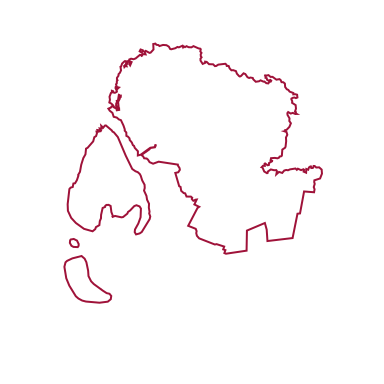 the district of Canal - Fanafo, Sanma, Vanuatu, rotated 109°
{"feature_id": "77236927B64905396997634", "entity_name": "Canal - Fanafo", "entity_type": "district", "adm_level": 2, "iso_a3": "VUT", "parent_name": "Vanuatu", "parent_adm1": "Sanma", "projection": "albers", "projection_center": [167.121, -15.5], "detail": "fine", "context": "isolated", "style": "outline", "palette": "rose", "viewbox_px": 384, "rotation_deg": 109, "n_neighbors": 0, "source": "geoboundaries", "source_scale": "gbopen_adm2", "svg_char_len": 5977}
<svg xmlns="http://www.w3.org/2000/svg" viewBox="0 0 384 384"><g transform="rotate(109 192 192)"><path d="M63.6,274.9L64.7,276.8L69.8,274.8L73.7,276.5L74.3,277.5L73.6,281.7L74.7,282.6L77.0,280.7L77.7,283.9L79.2,283.5L79.7,284.0L79.1,284.8L79.3,285.9L84.1,288.8L85.5,290.5L85.8,293.0L87.1,294.4L87.8,294.1L88.5,294.7L88.8,291.4L92.4,291.7L91.5,292.8L90.1,292.8L89.3,293.8L90.0,295.1L90.0,296.4L91.8,294.8L93.1,295.8L94.4,294.8L94.6,296.0L95.9,296.6L95.0,297.2L92.7,296.1L89.8,296.6L90.3,298.3L93.3,299.9L96.4,299.9L96.9,300.4L100.1,298.7L102.8,299.0L104.5,299.8L106.0,299.4L108.5,300.1L109.8,299.7L110.6,298.8L111.5,299.2L113.7,298.5L114.9,298.9L117.2,297.3L117.0,295.1L118.5,295.9L117.7,297.0L117.7,298.3L118.6,298.2L121.1,295.8L121.9,295.8L123.3,297.2L123.5,298.7L122.4,299.4L122.4,300.7L124.0,300.2L124.8,300.9L128.8,301.0L131.5,299.6L134.3,299.3L134.7,297.0L135.8,294.7L137.1,293.4L137.1,290.8L135.9,290.1L135.0,291.9L132.8,292.5L131.8,292.0L130.3,292.8L129.6,291.8L123.9,292.8L123.9,292.0L125.4,291.0L124.7,290.5L125.4,290.3L127.1,291.3L127.5,290.7L130.8,291.2L135.7,289.0L136.9,289.5L136.6,288.2L138.1,287.6L139.2,289.7L137.8,290.5L137.3,293.8L136.8,294.7L137.3,295.9L138.6,296.2L140.4,298.2L141.9,296.3L143.1,293.0L146.4,290.5L146.1,287.4L147.2,284.7L147.2,282.6L151.4,278.5L154.6,276.0L155.9,275.6L157.1,273.5L160.3,272.3L160.5,270.6L161.6,268.6L163.1,267.8L164.8,265.0L166.9,263.2L167.3,261.8L168.9,260.5L171.1,256.4L175.1,255.1L173.4,252.6L163.7,245.8L161.7,241.9L158.8,242.0L159.9,241.4L161.8,241.6L163.9,245.6L165.6,246.2L173.5,251.9L174.2,249.8L175.7,248.2L175.1,245.8L175.7,244.2L177.6,241.8L177.9,238.0L174.2,233.4L170.7,214.3L171.5,214.0L173.5,211.5L175.0,210.7L177.8,211.4L179.4,214.0L190.7,206.0L190.9,204.5L194.4,202.6L195.7,199.5L195.5,198.0L198.1,195.7L196.7,191.6L197.4,189.9L198.6,190.0L199.8,188.2L199.8,187.6L198.2,186.3L197.6,185.1L203.0,185.7L203.7,180.4L205.3,181.6L225.2,184.6L225.6,176.5L227.5,174.9L229.5,174.6L231.8,173.1L233.5,170.2L234.2,153.3L233.3,151.8L233.1,143.8L236.1,143.8L236.1,141.5L239.2,141.5L239.3,139.8L229.7,121.3L210.6,127.5L197.6,113.0L203.3,109.1L213.8,104.7L202.8,81.9L178.2,85.2L177.1,82.9L155.0,86.2L152.5,76.5L149.5,77.0L147.7,78.5L144.4,78.6L142.8,79.7L141.1,80.1L137.5,75.3L132.3,75.1L128.6,76.7L127.3,79.8L128.4,82.5L127.5,84.5L127.8,85.5L129.6,85.4L130.1,85.9L130.5,87.0L129.1,87.9L129.3,88.4L130.7,89.4L133.1,89.4L133.0,91.4L136.6,90.4L136.4,93.1L134.5,93.2L134.2,94.0L135.8,96.0L135.5,99.5L136.9,100.1L136.1,101.8L138.7,106.7L140.2,108.3L140.5,110.1L141.7,111.8L144.6,112.9L144.7,116.3L147.8,118.0L144.6,118.5L143.9,119.4L144.7,121.6L145.0,124.8L147.9,126.9L149.4,126.7L149.8,127.2L149.1,130.4L145.9,133.3L145.9,134.2L144.1,133.4L143.6,131.7L141.9,132.6L141.2,132.2L142.1,129.2L141.4,128.1L139.5,128.6L136.9,126.3L136.4,126.4L136.5,128.0L134.3,128.3L132.8,124.8L132.3,122.1L131.2,120.9L130.0,120.7L129.0,119.1L128.2,118.9L122.5,120.4L119.8,118.4L118.7,118.3L113.3,119.5L109.9,120.9L106.9,120.5L104.5,122.2L104.5,124.4L103.9,123.4L103.2,124.0L102.4,122.8L98.7,121.1L94.8,120.9L93.2,123.1L90.6,123.8L88.0,126.8L86.4,127.5L85.1,127.1L85.7,124.2L84.4,122.5L84.6,119.7L84.1,118.4L83.9,119.4L82.6,119.8L82.3,120.8L79.4,120.8L76.1,122.3L75.1,126.4L73.5,126.8L71.9,128.3L71.3,128.4L70.1,127.3L69.3,125.9L69.4,124.3L68.3,123.1L65.8,124.3L65.9,126.1L66.7,128.0L65.4,128.4L65.3,132.4L64.1,134.2L64.0,135.8L62.4,138.1L59.2,139.5L58.5,141.4L59.0,143.1L57.4,144.5L56.8,146.0L58.3,148.8L56.9,153.3L57.6,155.2L56.6,157.7L57.6,159.4L58.1,161.6L58.5,159.9L60.1,159.7L60.1,158.4L61.4,157.6L61.8,155.9L60.5,154.4L61.0,153.3L62.0,153.5L62.6,154.7L64.5,155.2L64.9,157.2L64.0,159.5L64.4,160.4L64.1,163.5L65.5,164.7L67.0,167.6L65.5,170.8L64.4,171.7L64.8,174.1L65.6,175.1L65.4,176.9L63.1,180.0L63.0,181.9L66.3,183.4L67.2,184.3L67.1,185.2L65.5,188.1L63.4,189.8L63.4,192.8L64.1,194.3L62.9,196.6L60.9,198.4L61.5,200.2L60.4,200.9L59.9,202.2L63.0,208.6L65.0,210.2L65.5,211.3L64.4,213.6L65.6,217.5L64.2,220.5L64.5,222.0L65.6,221.6L67.4,223.6L65.0,226.7L63.2,227.4L61.5,226.8L60.7,227.9L59.0,228.6L57.4,228.3L56.4,229.9L54.2,230.2L53.8,230.8L54.1,232.5L53.6,238.1L55.4,239.6L56.2,242.4L55.9,244.6L57.3,245.8L57.0,247.1L58.1,247.5L56.8,248.6L59.5,251.5L59.6,253.0L61.5,254.6L63.8,258.1L63.9,259.2L62.1,261.2L61.5,263.9L62.4,267.3L64.6,270.3L64.0,271.5L64.4,273.6L63.6,274.9ZM232.1,268.7L231.3,266.6L231.7,264.4L237.2,261.7L240.7,258.8L241.9,259.6L239.7,257.0L238.9,250.4L238.1,249.0L233.5,246.1L231.7,246.0L229.6,244.5L224.1,242.0L222.6,240.2L222.7,236.9L224.3,234.9L232.6,232.4L239.3,232.5L246.0,233.7L248.6,233.1L250.3,231.1L248.2,228.0L246.2,226.5L231.4,223.2L228.7,223.5L226.2,225.5L224.5,225.7L220.9,227.7L217.1,228.8L213.9,232.0L210.5,233.8L206.3,237.8L203.6,238.0L200.6,239.2L197.2,242.9L193.4,245.7L192.0,247.2L190.9,249.7L190.8,252.2L189.7,256.0L179.3,266.4L164.2,280.0L161.0,285.3L160.8,286.8L159.9,287.9L157.1,295.1L157.6,296.0L160.1,296.9L159.0,299.3L161.3,298.1L161.9,299.9L163.4,298.0L164.3,298.2L165.0,299.8L163.9,300.3L164.2,301.6L165.6,300.6L166.0,301.9L167.4,301.0L170.3,300.9L172.0,302.2L176.3,301.9L184.2,305.1L185.5,306.3L191.1,305.0L195.3,305.8L202.3,305.6L209.4,304.5L213.0,305.2L213.5,304.7L218.3,304.7L221.8,305.4L222.6,306.9L226.1,306.4L227.4,308.2L229.1,308.9L244.0,305.6L250.2,303.2L255.8,297.8L259.1,291.7L262.0,282.1L261.5,273.2L258.6,271.4L256.5,271.4L253.5,268.8L249.5,269.7L246.5,269.5L243.3,270.5L236.2,271.3L234.4,269.3L233.3,269.5L232.1,268.7ZM304.3,288.3L314.5,282.8L320.5,277.5L328.4,267.9L329.7,264.7L330.4,260.5L330.1,256.6L326.8,243.4L323.1,235.9L319.8,233.9L316.6,234.5L315.1,236.9L315.4,239.8L314.3,244.2L311.0,254.9L309.3,258.3L305.2,262.5L300.2,264.6L292.8,269.0L290.0,271.8L288.5,275.6L293.7,283.5L297.8,287.7L299.7,288.7L304.3,288.3ZM275.4,284.9L274.9,288.5L276.4,291.2L277.4,291.5L279.9,290.9L282.1,288.5L282.5,286.2L281.3,282.1L279.8,281.7L278.1,282.2L275.4,284.9ZM74.7,284.1L74.0,284.6L74.0,287.0L76.0,287.3L76.4,285.6L75.7,284.5L74.7,284.1Z" fill="none" stroke="#9f1239" stroke-width="2"/></g></svg>